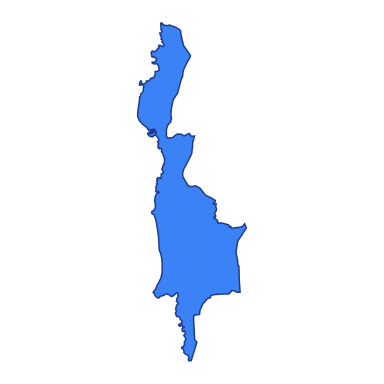 Ilocos Sur, Ilocos Sur, Philippines (Natural Earth projection)
{"feature_id": "2640588B69318666079956", "entity_name": "Ilocos Sur", "entity_type": "district", "adm_level": 2, "iso_a3": "PHL", "parent_name": "Philippines", "parent_adm1": "Ilocos Sur", "projection": "natural_earth1", "projection_center": [120.422, 17.287], "detail": "fine", "context": "isolated", "style": "filled", "palette": "blue", "viewbox_px": 384, "rotation_deg": 0, "n_neighbors": 0, "source": "geoboundaries", "source_scale": "gbopen_adm2", "svg_char_len": 5984}
<svg xmlns="http://www.w3.org/2000/svg" viewBox="0 0 384 384"><path d="M190.5,55.6L183.2,45.1L182.9,42.3L181.9,39.7L182.0,38.1L181.6,37.3L180.9,34.3L180.8,31.6L180.3,30.3L177.5,28.3L174.2,26.7L171.3,25.9L170.4,25.3L169.2,25.0L168.0,25.8L166.6,25.4L164.6,25.5L164.1,24.9L163.2,24.8L162.9,24.1L162.3,24.1L162.2,23.6L161.8,23.7L161.7,23.4L161.4,23.6L161.2,23.0L160.7,23.4L161.0,24.1L160.7,25.5L161.2,27.2L160.9,29.0L161.1,29.9L162.0,30.9L162.0,31.2L161.4,32.4L160.5,33.1L159.9,33.0L159.9,33.9L160.7,35.1L160.6,35.5L161.2,36.8L161.5,36.8L161.1,39.2L162.4,39.8L162.6,40.3L162.7,40.9L161.9,41.6L161.9,42.0L163.5,43.9L164.0,44.9L163.0,46.6L160.6,45.4L158.9,45.3L158.6,45.8L159.4,47.5L158.9,48.1L157.9,48.2L156.7,50.1L155.2,51.3L154.0,51.8L152.9,51.1L152.2,51.0L151.2,52.5L151.4,53.0L151.2,53.5L151.8,55.3L151.6,55.7L152.0,57.0L152.6,57.2L154.0,56.9L153.8,57.5L154.3,57.0L156.7,58.8L156.7,59.3L155.8,60.4L155.5,61.7L153.7,62.4L152.3,62.0L152.1,62.5L152.3,63.1L154.2,64.0L155.9,63.6L157.4,64.2L158.5,66.0L159.0,68.3L159.0,69.9L158.8,70.5L157.3,71.3L155.2,71.5L155.1,74.6L154.3,76.7L153.3,77.5L153.4,77.8L152.8,77.8L151.8,78.5L151.2,78.1L150.9,78.2L150.1,79.2L149.9,80.0L148.2,81.1L147.1,81.3L146.1,80.4L146.5,81.2L146.5,81.7L145.1,83.6L143.3,84.0L142.0,83.6L141.6,83.1L141.5,81.2L141.2,80.9L140.6,81.0L139.8,82.2L139.4,84.4L139.5,85.0L140.6,85.3L141.6,84.4L142.2,84.5L143.3,85.4L143.9,86.8L143.3,87.8L143.4,89.5L142.8,91.8L142.2,92.8L140.8,93.9L140.5,96.0L140.3,96.6L139.8,96.7L139.5,97.2L139.6,99.6L138.0,110.1L137.6,115.2L137.9,117.3L139.4,120.7L142.7,124.3L146.6,127.3L148.9,130.7L148.7,129.7L148.1,129.4L148.3,129.2L150.3,129.9L150.9,129.7L151.5,130.0L151.7,129.6L152.0,129.5L151.9,129.9L152.7,129.8L154.3,129.1L153.9,129.5L154.4,129.5L153.1,130.0L153.5,130.1L154.5,129.7L154.7,129.4L154.9,129.6L154.1,130.4L155.1,130.2L155.3,130.9L154.6,131.2L154.3,131.6L155.5,131.4L156.2,131.9L156.0,132.2L156.2,133.9L155.9,135.1L156.2,135.8L157.2,136.6L158.9,139.4L158.8,140.5L158.4,140.7L158.0,142.0L157.7,142.0L158.1,142.9L158.2,142.7L158.6,143.1L158.5,144.3L158.0,144.9L158.5,145.3L158.1,146.1L158.3,147.0L158.0,147.5L158.8,147.6L158.9,148.7L159.9,148.9L160.2,148.5L161.0,148.4L161.7,148.8L161.7,150.2L161.3,150.0L161.7,150.2L161.4,151.2L161.6,152.0L162.5,153.1L164.2,157.5L164.5,159.1L164.7,158.9L164.8,159.1L164.5,160.1L164.6,161.0L164.2,163.9L163.7,164.0L163.8,164.5L163.1,165.3L162.9,166.2L163.0,167.0L161.9,168.4L162.4,170.5L162.9,170.8L163.3,171.6L163.0,173.4L161.6,173.7L161.1,174.2L161.3,176.1L161.1,176.9L161.3,177.1L160.9,178.4L160.3,178.2L160.4,177.8L160.3,178.0L159.0,177.6L157.8,177.9L157.0,178.6L157.1,179.5L157.4,179.6L157.0,180.1L156.7,181.2L157.3,182.2L157.1,183.7L156.8,183.8L157.2,184.1L156.6,185.1L156.1,186.8L155.9,186.8L156.1,189.1L155.8,191.7L156.9,192.1L158.4,191.5L158.8,192.0L158.5,192.7L158.7,192.8L157.5,193.0L157.3,193.6L156.6,193.9L155.7,195.1L155.0,197.8L154.8,200.4L154.5,200.7L155.3,203.6L155.4,207.1L154.7,209.1L153.5,210.7L152.2,211.1L151.6,212.5L151.8,213.4L153.9,214.7L154.3,215.5L155.5,218.9L156.7,224.4L158.5,236.2L159.2,249.5L159.6,249.8L159.6,251.0L160.7,253.7L161.3,256.2L161.8,258.7L162.2,264.1L162.1,272.6L161.0,277.8L159.2,281.7L157.0,285.5L156.0,288.6L153.1,292.3L154.4,293.6L154.6,294.7L155.5,296.1L157.0,297.5L158.2,298.0L158.9,297.9L160.2,296.6L161.1,296.0L163.7,295.5L165.5,294.0L166.9,294.0L168.9,294.6L170.3,295.9L171.5,296.5L172.2,296.4L174.1,295.2L176.1,293.1L177.0,293.0L177.6,293.3L177.8,295.1L178.3,296.0L176.8,298.7L176.5,301.5L177.6,302.4L178.1,303.7L176.6,305.3L176.3,306.5L175.6,309.2L176.2,310.0L176.1,312.1L175.5,312.6L175.5,313.5L176.6,316.4L179.1,316.9L179.8,317.6L180.2,319.2L182.0,321.0L182.1,322.5L178.9,324.5L178.8,325.1L179.0,325.7L179.7,326.2L180.8,325.9L181.3,324.8L181.8,324.5L182.8,326.7L183.1,327.0L183.7,326.7L184.2,327.1L184.1,327.7L182.9,328.0L182.2,328.6L182.0,330.0L182.3,331.1L183.1,331.6L183.7,331.6L184.4,330.9L184.9,331.2L185.4,333.7L185.1,334.4L184.1,334.9L183.8,335.6L185.0,337.0L185.2,337.8L185.7,338.3L185.8,339.2L185.1,340.9L184.4,341.5L184.4,344.8L184.1,345.5L183.1,346.8L181.8,347.1L181.6,348.1L182.6,348.7L183.8,350.2L184.0,350.9L183.8,352.3L184.7,353.6L187.4,355.0L188.9,356.9L189.0,357.8L188.4,358.8L188.5,360.1L189.0,361.0L190.5,360.2L191.2,360.6L196.9,342.2L194.7,339.8L194.4,334.2L193.9,333.3L194.3,332.8L194.3,331.9L193.6,319.8L193.8,315.3L199.5,314.4L200.1,309.8L202.8,304.1L207.4,298.7L210.4,297.6L211.0,295.5L213.3,294.7L224.4,293.9L228.3,294.0L228.8,293.3L229.3,293.6L229.8,293.1L231.2,291.5L231.4,290.7L234.0,290.7L236.7,292.2L240.1,292.2L239.3,280.8L238.9,266.1L238.2,265.8L237.5,261.3L237.7,260.8L236.0,252.4L237.7,241.1L246.4,228.0L244.6,223.8L242.6,226.4L240.3,227.2L232.2,228.2L231.7,228.0L230.5,226.2L230.1,226.3L230.1,226.6L229.4,227.1L228.8,225.9L228.4,225.7L228.0,224.9L228.2,224.7L220.9,222.8L218.4,223.4L218.2,222.6L217.7,222.5L217.7,221.6L217.2,221.2L217.5,220.9L217.5,220.3L215.8,219.4L215.5,218.3L213.8,217.9L214.0,217.2L215.7,216.3L215.6,215.4L214.8,213.9L214.7,212.8L216.1,211.0L216.5,208.8L215.6,206.3L216.3,204.0L214.0,204.3L213.2,203.7L213.3,203.3L214.9,202.5L215.3,200.4L213.8,199.7L212.5,198.6L205.5,195.2L199.8,188.0L195.6,185.8L194.8,186.2L189.3,186.6L188.8,185.5L187.5,185.4L187.2,184.0L182.8,176.7L182.6,173.0L183.8,169.0L188.3,160.7L191.7,153.7L192.5,146.7L192.8,141.6L193.2,140.9L194.5,136.0L191.4,136.3L189.0,133.4L183.9,136.0L181.7,134.3L177.9,134.0L176.5,134.4L172.9,137.3L171.0,138.0L169.7,137.7L167.9,138.2L166.9,137.0L166.4,135.5L166.4,129.8L167.2,126.8L168.2,124.5L170.8,121.8L170.9,121.6L170.4,120.8L171.4,119.3L171.5,117.8L170.9,115.5L171.1,110.7L171.7,106.8L173.3,99.6L177.6,93.0L180.7,81.1L182.8,75.6L182.8,73.0L183.7,69.5L186.0,64.5L190.2,56.9L190.5,55.6ZM155.9,131.9L153.9,132.1L151.3,133.8L147.7,133.5L148.3,135.0L148.8,135.5L150.3,136.5L152.3,136.9L153.4,136.3L153.8,135.5L155.6,135.0L155.9,134.1L155.9,131.9ZM152.6,130.5L149.2,131.8L149.0,132.1L151.3,132.2L153.2,131.6L153.9,130.7L152.6,130.5Z" fill="#3b82f6" stroke="#1e3a8a" stroke-width="1.5"/></svg>